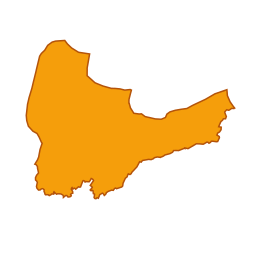 Zota, Bong, Liberia, rotated 188°
{"feature_id": "62588387B17056544161092", "entity_name": "Zota", "entity_type": "district", "adm_level": 2, "iso_a3": "LBR", "parent_name": "Liberia", "parent_adm1": "Bong", "projection": "orthographic", "projection_center": [-9.445, 7.274], "detail": "fine", "context": "isolated", "style": "filled", "palette": "amber", "viewbox_px": 256, "rotation_deg": 188, "n_neighbors": 0, "source": "geoboundaries", "source_scale": "gbopen_adm2", "svg_char_len": 3528}
<svg xmlns="http://www.w3.org/2000/svg" viewBox="0 0 256 256"><g transform="rotate(188 128 128)"><path d="M212.0,203.9L215.1,202.5L219.0,198.7L221.3,193.4L223.9,190.1L224.2,189.7L225.5,186.8L226.9,172.5L226.9,172.0L227.9,162.1L228.0,161.4L228.7,153.9L230.2,144.2L230.7,138.4L230.8,137.7L230.7,134.4L230.5,126.3L229.3,121.2L229.2,121.0L226.9,115.9L221.7,111.6L217.3,109.9L214.5,106.3L214.5,106.2L211.8,101.9L210.9,100.9L212.1,94.4L212.2,92.3L212.4,87.9L212.4,87.0L213.2,83.8L215.2,79.2L213.8,78.9L212.3,77.2L212.0,75.6L210.7,72.1L210.4,70.9L211.9,68.6L212.7,65.9L212.3,63.6L211.1,62.8L210.2,61.5L210.4,58.8L210.5,57.3L209.8,55.7L208.0,54.1L206.4,54.4L205.7,55.3L204.6,56.0L203.8,56.0L203.0,55.5L202.5,55.3L202.3,53.5L201.5,52.2L200.9,50.8L200.4,50.4L198.9,50.7L197.7,50.8L196.6,50.1L195.0,51.2L194.6,51.8L194.0,52.2L193.3,52.1L192.3,52.2L192.0,52.9L192.7,53.9L192.4,54.5L191.4,53.7L189.5,52.5L188.5,53.1L187.2,53.2L185.6,53.4L184.6,53.1L183.8,52.8L183.0,52.4L182.6,52.0L182.3,50.3L180.4,52.4L179.2,52.6L177.8,51.3L175.9,51.8L175.0,52.5L174.8,53.2L175.6,54.3L174.7,55.3L173.6,55.8L174.0,57.5L175.6,59.3L175.6,60.4L175.1,61.2L174.0,59.9L173.3,60.7L172.5,61.0L171.3,60.1L169.1,62.6L168.9,62.9L167.7,62.7L166.8,63.0L165.4,69.1L165.0,69.7L163.5,69.4L163.0,68.5L161.6,69.2L160.1,69.2L158.9,69.4L157.9,71.4L157.4,72.9L156.9,72.8L156.4,72.6L155.5,72.1L154.8,71.1L157.4,65.9L155.4,64.7L155.1,64.1L156.8,61.4L155.8,60.7L154.9,61.2L154.5,61.3L154.0,61.1L153.2,58.4L153.2,58.2L152.3,58.0L151.9,57.8L151.9,55.8L151.9,54.4L151.1,53.6L149.9,53.5L148.9,54.7L147.6,54.3L147.0,56.7L146.7,58.1L145.6,58.9L144.4,59.9L143.9,59.9L142.9,59.0L142.1,57.9L141.0,59.1L140.5,60.3L140.5,60.9L138.7,62.5L135.6,64.2L133.9,64.2L132.9,66.2L131.9,66.8L130.9,66.3L126.0,68.7L125.2,69.8L125.2,72.6L124.4,75.3L123.6,77.9L122.1,79.5L121.6,82.0L121.3,82.6L121.0,82.5L119.6,82.2L118.5,83.2L118.0,84.7L113.8,90.7L112.4,94.5L111.8,96.2L110.2,96.0L109.5,97.3L108.8,98.0L108.7,98.0L105.9,98.9L103.2,99.8L101.1,99.9L100.7,99.9L99.9,100.4L98.6,101.1L97.7,102.3L94.9,103.4L92.7,103.4L91.7,103.4L91.2,103.9L90.6,104.1L88.9,105.2L87.7,106.4L86.3,107.0L82.8,108.5L80.5,110.2L79.7,112.0L77.4,112.4L74.7,112.7L70.5,115.1L69.0,116.0L68.9,115.9L68.9,116.2L65.8,115.9L65.7,115.9L58.1,121.9L57.1,122.0L55.9,122.1L55.6,122.2L51.3,122.4L50.4,123.0L47.9,125.0L47.6,125.0L46.9,125.0L45.7,124.2L44.4,125.2L43.6,126.5L43.3,126.5L42.4,126.7L40.6,126.7L38.5,126.7L37.3,127.1L37.2,127.5L36.1,131.1L36.3,131.7L36.5,132.3L39.0,133.4L38.4,135.6L36.8,136.8L36.3,137.8L35.6,139.2L35.8,141.6L35.8,141.8L38.4,141.9L37.9,143.8L37.5,145.3L37.4,145.5L37.2,146.2L36.9,147.3L35.5,148.8L34.8,150.4L32.7,150.7L32.2,153.1L32.7,153.9L34.3,156.8L34.4,157.5L32.9,159.7L32.8,159.8L31.1,159.6L30.6,159.6L28.8,161.1L28.2,161.8L25.8,162.0L25.6,162.4L25.2,162.6L26.8,164.1L30.6,168.2L34.1,173.9L34.6,176.2L35.4,179.7L46.6,174.0L55.4,167.1L64.3,161.3L67.3,159.3L72.4,155.5L78.1,153.9L83.7,152.1L88.7,149.8L91.4,147.2L92.4,143.6L93.8,142.8L96.3,141.3L102.2,140.8L109.1,141.4L109.6,141.4L112.7,141.7L116.6,143.9L118.9,143.4L124.3,143.4L127.9,147.7L128.2,147.9L130.4,152.9L130.6,152.9L131.0,156.4L130.4,162.1L129.9,166.0L131.1,166.4L132.4,166.1L136.0,165.2L136.6,165.1L141.3,165.6L146.0,165.4L149.6,165.0L149.8,164.9L152.0,165.2L158.7,166.1L164.7,167.6L167.0,168.2L175.8,174.1L175.9,175.3L176.1,176.6L176.7,181.2L176.8,181.4L176.4,193.6L176.3,196.0L177.0,196.0L187.5,196.1L189.1,196.8L189.8,197.1L195.0,199.4L199.7,202.8L202.8,205.9L211.7,204.0L212.0,203.9Z" fill="#f59e0b" stroke="#b45309" stroke-width="1.5"/></g></svg>